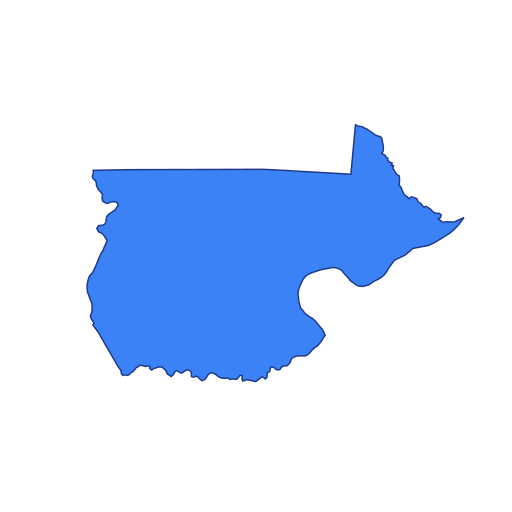 Babaçulândia, Tocantins, Brazil, rotated 20°
{"feature_id": "56859067B67611214994680", "entity_name": "Babaçulândia", "entity_type": "district", "adm_level": 2, "iso_a3": "BRA", "parent_name": "Brazil", "parent_adm1": "Tocantins", "projection": "mercator", "projection_center": [-47.831, -7.162], "detail": "fine", "context": "isolated", "style": "filled", "palette": "blue", "viewbox_px": 512, "rotation_deg": 20, "n_neighbors": 0, "source": "geoboundaries", "source_scale": "gbopen_adm2", "svg_char_len": 3950}
<svg xmlns="http://www.w3.org/2000/svg" viewBox="0 0 512 512"><g transform="rotate(20 256 256)"><path d="M126.3,376.6L134.3,381.9L136.9,384.2L138.9,385.9L145.7,391.6L149.5,394.8L151.7,396.6L164.3,407.2L166.7,408.7L168.5,410.1L169.5,412.3L171.6,413.8L173.6,412.5L176.1,412.1L177.6,410.6L178.5,408.3L179.9,406.8L180.8,404.5L181.6,402.0L183.0,400.4L184.5,398.2L186.8,397.8L189.9,397.7L191.8,396.0L194.1,396.3L194.7,398.2L196.9,398.8L198.4,396.8L199.9,395.7L201.3,394.5L203.4,393.1L206.1,392.6L208.0,393.6L209.8,394.0L211.3,395.4L213.1,397.2L215.7,397.7L217.5,398.3L218.8,396.1L219.3,393.1L220.2,391.2L222.0,390.8L224.9,391.7L227.0,390.8L228.2,388.6L229.9,387.0L232.0,386.0L234.7,387.2L235.9,389.6L236.6,391.4L239.0,391.2L240.6,389.4L243.2,389.7L245.7,391.0L247.9,391.7L249.8,390.0L250.7,388.2L251.1,385.9L251.6,383.8L252.9,381.9L254.2,380.7L256.0,380.9L258.4,381.0L260.9,381.9L263.3,382.5L265.8,382.4L268.7,381.6L271.3,380.3L273.7,380.9L275.9,379.5L278.4,379.0L280.1,378.3L281.0,376.3L281.6,373.8L283.7,372.9L284.5,374.5L284.9,376.5L286.3,378.0L288.0,376.8L289.6,375.3L291.9,375.0L294.2,374.6L296.7,374.4L298.7,374.1L299.7,372.7L300.9,370.7L302.2,368.7L303.3,367.2L305.1,367.8L306.7,368.4L307.7,366.6L307.3,364.3L306.4,361.9L308.5,359.7L307.8,357.3L308.1,354.9L311.1,354.6L313.1,355.6L315.2,355.7L317.3,354.6L317.8,352.1L318.9,350.4L320.6,349.3L322.8,348.4L324.1,345.8L324.6,343.5L324.3,341.6L324.7,339.8L325.9,338.4L327.3,337.0L328.9,335.9L330.8,335.0L333.1,334.2L336.1,333.2L338.0,331.4L339.1,329.6L339.9,327.9L340.7,325.6L341.7,323.4L342.8,321.6L343.9,320.3L344.8,318.7L345.5,316.9L346.2,315.0L346.8,312.8L347.1,310.7L348.1,306.9L343.7,302.5L333.4,296.6L330.1,295.3L326.7,294.7L322.2,293.4L318.2,290.9L315.9,289.8L312.0,284.4L310.3,281.1L308.2,276.8L307.5,272.6L307.5,268.9L308.1,262.2L309.0,259.3L310.7,256.0L314.8,252.1L321.7,246.7L331.8,240.7L335.3,239.7L338.6,239.7L341.8,240.3L344.0,241.9L350.5,245.2L353.3,247.0L359.3,248.7L362.3,249.2L366.6,248.2L372.0,244.5L375.0,240.0L378.7,236.1L380.8,233.5L382.4,230.9L383.3,228.8L384.3,225.4L384.6,222.7L385.9,218.0L387.1,214.1L387.8,212.3L395.4,204.6L397.6,201.2L400.7,195.3L402.3,194.3L414.4,187.2L418.8,182.7L424.7,175.5L430.5,168.0L432.6,164.2L435.6,157.7L438.3,148.7L430.5,156.4L422.7,158.9L420.4,160.5L414.4,158.7L416.2,156.8L415.9,154.0L413.8,153.3L411.9,153.9L409.2,154.4L407.5,154.0L404.9,152.9L403.2,152.0L401.3,151.7L398.5,151.3L397.2,152.6L394.9,151.7L393.0,150.3L390.1,149.8L387.7,147.3L384.8,147.0L381.6,147.3L380.3,149.9L378.1,148.7L375.2,148.0L373.7,147.1L371.8,145.2L368.3,141.4L366.3,140.6L365.7,138.3L364.5,134.3L363.1,131.7L359.6,131.0L358.4,129.6L356.5,128.3L354.4,126.6L354.3,124.1L352.2,124.6L352.2,122.2L349.1,122.0L347.0,120.8L346.5,119.0L344.6,118.8L343.1,117.3L339.0,116.5L339.6,114.2L339.2,112.5L338.2,109.4L335.3,104.7L334.0,102.3L332.0,101.2L330.2,101.6L326.0,101.4L323.3,100.4L319.6,99.6L316.5,98.7L314.2,98.7L311.8,98.2L308.3,98.9L306.5,98.9L304.6,98.7L317.2,146.7L269.0,161.2L261.1,163.6L257.1,164.7L236.0,171.2L234.0,171.8L231.2,172.8L178.1,192.3L141.0,205.9L136.6,207.5L105.8,218.8L103.0,219.9L73.7,231.2L74.8,233.3L74.9,237.2L76.8,239.2L79.4,240.1L80.7,241.5L82.1,244.5L85.2,247.5L88.1,248.9L90.6,250.6L91.7,254.6L93.1,256.8L95.9,257.6L98.9,257.2L100.0,255.7L101.4,254.6L104.9,253.3L106.7,253.2L108.6,254.4L108.9,256.4L107.8,260.9L103.0,267.7L102.2,270.1L103.4,275.8L103.0,277.7L101.2,279.7L97.7,281.2L97.0,284.6L99.7,287.1L104.4,287.5L110.8,292.3L110.6,298.1L110.3,300.3L110.3,302.8L109.7,305.4L109.5,307.3L109.3,309.3L109.1,311.4L109.1,313.3L109.0,315.3L108.9,318.3L108.7,321.5L108.5,323.8L108.3,325.9L108.0,327.6L107.3,329.5L106.4,331.6L106.3,334.2L106.5,336.7L106.8,339.1L107.2,341.3L108.0,343.1L108.9,345.3L110.0,347.5L111.6,349.3L113.2,351.2L114.4,352.6L116.0,354.4L117.6,356.2L118.8,358.3L119.8,360.9L120.4,362.8L120.9,364.9L121.0,366.8L120.8,368.8L122.3,371.0L124.5,372.6L126.9,374.7L126.3,376.6Z" fill="#3b82f6" stroke="#1e3a8a" stroke-width="1.5"/></g></svg>